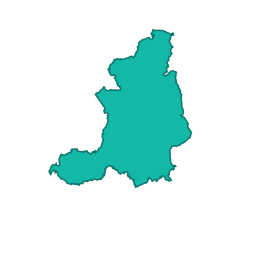 Presidente Figueiredo, Amazonas, Brazil, rotated 236°
{"feature_id": "56859067B39852544497118", "entity_name": "Presidente Figueiredo", "entity_type": "district", "adm_level": 2, "iso_a3": "BRA", "parent_name": "Brazil", "parent_adm1": "Amazonas", "projection": "albers", "projection_center": [-60.113, -1.221], "detail": "fine", "context": "isolated", "style": "filled", "palette": "teal", "viewbox_px": 256, "rotation_deg": 236, "n_neighbors": 0, "source": "geoboundaries", "source_scale": "gbopen_adm2", "svg_char_len": 5896}
<svg xmlns="http://www.w3.org/2000/svg" viewBox="0 0 256 256"><g transform="rotate(236 128 128)"><path d="M195.5,203.7L193.7,201.4L193.3,199.9L192.0,199.9L191.3,200.5L190.9,201.8L190.3,201.7L189.6,200.6L190.9,200.0L190.8,199.5L189.8,199.0L188.5,199.0L188.2,198.3L188.4,197.2L189.7,196.0L191.0,196.2L191.4,195.8L191.8,194.7L192.1,191.1L193.2,189.4L192.7,186.9L193.1,186.2L192.4,184.4L189.7,182.8L190.2,181.5L189.7,181.0L186.8,179.6L186.7,178.0L186.0,176.8L185.4,176.7L185.3,175.5L184.4,174.2L183.7,174.0L183.8,173.2L183.3,172.7L183.3,171.9L183.6,171.5L185.1,171.4L185.6,170.9L186.1,168.7L185.7,168.2L187.1,164.6L187.3,163.1L188.4,161.5L188.4,160.7L189.3,160.8L189.3,159.4L191.3,158.3L191.4,157.3L191.1,156.6L192.2,155.7L191.8,155.3L192.2,154.4L191.6,154.1L191.2,152.7L190.6,152.5L190.6,151.6L190.1,151.3L190.5,149.1L189.1,147.0L188.0,146.1L186.9,145.8L187.9,144.7L187.6,144.2L184.6,144.4L184.8,143.6L182.5,143.5L181.9,143.1L180.1,144.7L179.9,146.2L179.4,146.8L177.7,146.7L177.3,144.9L175.5,145.1L174.8,144.6L173.2,144.6L171.9,144.1L170.9,144.5L169.9,143.3L168.4,143.3L166.5,144.7L166.1,143.9L165.2,144.0L164.1,143.2L164.0,142.3L165.2,140.1L165.9,139.8L166.2,138.7L167.5,137.6L167.8,136.2L169.6,135.0L169.5,133.4L170.1,132.2L172.3,130.7L174.0,130.7L174.4,131.2L175.1,131.3L175.6,130.9L175.4,130.1L174.6,129.1L174.6,126.0L173.8,124.7L174.1,122.7L173.9,122.0L174.4,121.7L174.1,119.8L157.4,120.0L155.9,118.6L156.1,118.0L155.8,117.7L153.4,116.9L153.1,117.3L153.1,118.4L151.0,119.5L149.7,119.0L149.9,117.9L148.0,117.5L148.0,116.9L147.5,116.1L147.1,116.3L144.9,115.4L143.6,113.9L143.4,113.3L142.3,112.4L142.5,111.9L140.9,109.8L141.1,108.4L139.8,105.7L136.8,104.3L136.7,103.6L137.2,103.3L134.8,101.5L133.6,101.7L132.1,100.8L131.8,100.2L131.0,99.7L129.2,97.2L128.6,97.0L127.2,94.0L127.4,92.4L126.3,90.5L126.2,89.3L125.7,88.9L125.8,87.0L126.3,87.1L127.2,88.0L127.8,87.8L127.0,86.0L127.7,85.8L128.0,85.3L128.0,84.7L126.8,83.2L127.0,82.6L127.5,82.3L128.7,82.1L129.0,81.5L129.5,81.2L131.9,81.2L133.2,78.4L132.7,78.1L132.9,77.4L134.7,76.1L134.9,75.2L137.3,73.1L138.0,73.2L138.2,73.8L138.9,74.1L139.8,72.5L140.5,72.1L141.2,70.3L141.7,69.9L141.7,69.0L141.3,68.3L140.1,68.5L139.5,66.7L140.1,66.9L140.6,64.5L140.2,63.7L140.4,62.8L140.9,62.5L140.8,60.8L141.2,59.6L143.4,58.2L143.2,56.9L140.6,53.4L138.7,52.1L135.8,51.2L135.4,49.4L137.3,47.7L138.6,48.5L138.3,46.7L139.4,45.5L139.3,43.7L138.2,41.5L137.3,40.8L136.6,38.8L135.6,38.0L134.4,38.3L133.4,37.7L132.7,37.7L132.8,38.4L133.7,39.3L134.6,41.5L134.3,42.1L134.7,42.9L134.2,43.2L133.1,43.2L131.6,42.6L131.3,43.1L133.0,44.0L132.3,44.6L130.6,44.8L129.2,43.9L127.9,43.5L125.0,44.0L123.7,43.9L120.8,46.1L118.6,46.8L116.7,46.5L113.2,49.2L112.9,49.6L113.7,50.5L112.4,51.1L111.1,52.6L111.3,53.1L110.3,53.1L110.4,54.4L109.7,54.3L109.3,55.4L108.6,55.7L108.2,55.3L107.9,55.5L108.4,56.5L108.3,58.3L108.0,59.0L107.3,59.4L107.9,59.9L108.5,61.5L107.8,62.1L107.7,63.7L106.4,64.3L106.2,64.7L106.6,65.4L106.2,67.5L105.4,67.8L105.3,68.4L104.3,69.6L104.9,70.4L104.8,71.6L102.0,73.5L102.0,74.6L101.5,75.5L101.8,76.0L101.0,76.4L100.5,77.4L101.0,77.8L101.3,79.9L102.0,80.0L102.5,81.2L101.8,81.5L102.1,82.4L102.5,82.6L103.2,82.2L103.1,82.7L104.3,84.7L104.9,84.8L106.0,85.9L106.5,85.7L107.0,86.1L106.7,87.0L107.6,88.1L107.2,89.4L107.8,89.8L107.3,91.8L106.5,91.8L104.7,93.4L104.0,93.0L103.5,93.7L102.9,92.9L102.1,93.5L101.9,94.5L101.5,94.5L101.2,94.1L99.7,94.6L99.6,95.1L99.0,95.7L98.4,95.3L96.9,95.5L95.5,95.1L93.9,96.3L94.3,97.1L94.2,98.6L93.2,98.9L92.4,99.6L93.3,100.1L93.5,100.6L92.3,102.1L91.2,102.7L89.6,102.2L89.6,101.5L87.4,100.9L86.8,102.5L85.1,101.5L85.1,102.3L84.2,102.2L83.8,103.0L82.8,103.0L81.6,104.0L81.5,102.9L80.4,102.5L79.5,102.7L78.3,102.0L76.8,102.5L77.4,102.1L77.1,101.5L76.4,102.0L75.9,101.7L75.4,102.4L74.6,101.9L73.9,103.2L74.2,104.6L73.5,107.7L73.0,111.7L72.2,112.1L72.5,113.8L73.8,115.8L75.2,117.0L75.3,117.7L73.8,117.8L73.4,118.5L72.8,118.7L70.6,118.3L70.2,118.7L70.3,121.1L69.5,122.5L69.0,122.5L68.1,121.7L67.7,122.2L68.8,124.3L68.4,126.1L69.3,127.2L68.1,127.7L68.1,128.1L69.1,129.1L69.0,129.6L67.8,131.0L67.0,130.7L65.7,131.0L64.6,130.2L63.2,130.9L62.6,132.2L61.5,132.1L61.1,132.4L60.5,134.7L62.8,134.9L64.0,134.2L65.9,134.3L66.3,136.0L68.8,137.9L69.5,141.4L68.2,142.2L67.9,142.8L68.3,143.3L69.6,143.3L70.1,143.7L69.5,146.1L70.6,146.1L71.7,144.2L73.0,143.8L75.9,144.2L78.9,146.1L81.3,147.1L82.7,148.5L84.7,149.3L87.2,151.7L87.3,152.6L87.9,153.3L87.8,155.4L86.9,156.5L86.7,157.4L85.9,157.7L86.1,157.9L84.7,161.7L85.4,163.9L84.8,165.5L84.8,169.0L85.3,170.4L85.1,171.1L85.9,172.1L85.3,173.9L88.7,177.8L90.0,178.2L95.1,178.0L97.1,179.3L97.7,180.2L103.9,180.6L105.2,180.5L109.4,178.4L108.5,179.7L108.3,180.8L110.4,182.9L112.9,184.1L113.9,183.9L114.9,184.2L117.6,185.8L118.1,185.8L118.9,186.9L120.0,187.0L122.0,188.3L123.0,188.2L123.6,189.3L124.6,190.2L125.2,190.2L125.9,191.2L127.8,190.9L128.5,191.1L128.7,191.8L129.6,192.5L131.1,192.1L131.6,192.6L132.2,192.2L132.2,192.5L132.7,192.4L133.3,192.9L134.3,192.7L134.8,193.3L136.8,193.4L139.1,193.0L139.1,193.8L139.5,194.3L140.1,194.0L141.0,194.8L141.6,194.5L142.5,195.3L143.8,195.5L144.6,196.2L144.3,196.7L145.0,196.8L145.5,197.7L147.3,199.2L150.2,197.2L151.0,195.6L151.2,194.8L150.8,194.2L150.8,192.8L150.3,192.3L150.1,191.0L150.3,190.4L150.0,188.2L150.5,187.6L152.3,187.2L152.8,187.6L152.6,188.8L153.1,189.3L152.7,191.9L153.3,192.2L154.1,192.2L156.6,194.0L156.0,195.1L156.3,195.6L157.7,196.5L158.9,196.5L160.3,196.9L161.0,197.9L161.4,199.8L162.6,200.2L164.0,201.9L163.8,203.2L164.8,204.0L165.0,205.8L165.4,206.2L166.3,205.9L167.7,206.2L169.0,207.1L170.1,209.1L170.0,210.3L170.6,210.5L173.4,209.9L174.4,210.6L176.3,210.4L177.5,211.3L177.7,212.5L180.4,215.0L180.7,216.3L179.7,217.1L179.7,217.7L180.2,218.1L181.4,218.3L181.8,217.9L181.6,217.2L181.8,216.0L188.9,211.6L191.7,208.4L193.4,205.2L195.5,203.7ZM74.6,101.9L75.0,101.5L74.9,101.2L74.7,101.4L74.6,101.9Z" fill="#14b8a6" stroke="#0f766e" stroke-width="1.5"/></g></svg>